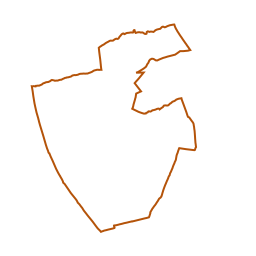 Santa Catarina Ayometla, Tlaxcala, Mexico, rotated 342°
{"feature_id": "50627088B90127145073625", "entity_name": "Santa Catarina Ayometla", "entity_type": "district", "adm_level": 2, "iso_a3": "MEX", "parent_name": "Mexico", "parent_adm1": "Tlaxcala", "projection": "albers", "projection_center": [-98.213, 19.193], "detail": "fine", "context": "isolated", "style": "outline", "palette": "amber", "viewbox_px": 256, "rotation_deg": 342, "n_neighbors": 0, "source": "geoboundaries", "source_scale": "gbopen_adm2", "svg_char_len": 5690}
<svg xmlns="http://www.w3.org/2000/svg" viewBox="0 0 256 256"><g transform="rotate(342 128 128)"><path d="M211.3,73.1L210.6,70.9L210.3,69.7L209.8,68.3L209.2,66.1L208.8,65.0L208.4,63.6L207.6,61.0L207.2,59.6L207.0,58.8L206.7,57.8L206.5,57.3L206.4,56.9L206.1,55.8L205.9,55.2L205.8,54.8L205.5,53.5L205.3,52.9L205.2,52.4L204.9,51.5L204.8,50.8L204.4,48.8L204.2,48.3L204.2,47.6L204.1,46.9L204.0,46.3L204.0,45.7L204.0,44.7L204.0,43.9L203.3,43.7L199.6,43.2L196.9,43.3L195.2,43.6L194.1,43.6L192.6,42.4L191.6,42.4L190.0,43.2L189.4,43.6L188.4,43.5L187.2,43.4L186.1,43.3L184.2,43.5L183.1,44.1L181.9,44.5L181.0,44.0L179.9,43.5L179.3,43.3L178.0,43.2L177.2,42.5L176.6,42.2L175.5,42.5L175.1,43.4L174.8,44.0L174.3,44.1L173.5,43.9L172.9,43.5L172.3,42.7L171.5,41.7L170.8,41.4L169.7,41.2L169.0,40.7L168.1,40.3L167.2,40.1L166.1,39.9L165.5,40.0L164.6,39.9L164.5,39.5L164.4,38.5L164.4,37.8L164.4,36.9L163.9,36.8L163.3,37.2L163.0,38.0L162.4,38.7L161.7,38.6L160.6,38.1L159.7,37.9L158.2,37.7L157.4,37.5L156.3,37.3L155.5,37.3L154.4,37.6L153.5,37.6L153.1,36.8L152.4,36.6L151.6,36.7L150.6,37.1L149.6,37.8L148.7,38.3L147.9,38.8L147.4,39.3L146.7,39.9L145.8,40.1L145.1,39.8L144.4,39.4L143.6,39.5L142.6,39.6L141.0,40.2L140.0,40.1L138.4,39.5L137.3,39.5L136.1,39.8L134.8,40.0L133.2,40.3L130.8,41.1L128.9,41.4L127.7,41.8L126.4,42.1L125.0,42.7L124.1,47.0L123.2,51.8L122.8,54.0L122.3,56.4L121.9,58.2L121.6,59.7L121.5,60.0L120.9,63.0L120.7,64.4L119.9,64.1L119.1,64.0L118.2,63.7L117.5,63.3L116.2,63.0L115.4,63.0L114.5,62.9L113.0,62.9L111.4,63.4L110.3,63.5L109.6,63.6L108.1,63.6L106.4,63.7L105.4,63.4L104.1,63.1L102.6,62.5L101.2,62.2L100.1,61.9L99.3,61.7L98.3,61.6L97.5,61.8L96.5,61.8L95.5,61.7L94.4,61.5L93.4,61.1L92.5,61.0L91.3,60.9L89.9,61.4L88.9,61.4L86.6,61.3L85.6,61.0L84.9,61.1L84.3,61.0L83.4,60.9L82.3,61.1L81.0,61.2L79.6,61.5L78.4,61.2L77.3,61.1L76.4,61.2L75.4,61.1L74.4,60.7L73.1,60.5L72.4,59.9L71.5,59.4L70.5,58.8L69.9,58.8L69.0,59.2L68.3,59.4L67.6,59.4L67.0,59.6L66.4,59.6L66.0,59.5L65.3,59.4L64.5,59.2L63.8,59.2L63.2,59.2L62.8,59.4L62.4,59.4L61.8,59.3L60.5,59.5L59.9,59.9L58.7,60.1L57.9,60.1L57.0,60.3L55.7,60.0L54.7,59.7L53.9,59.6L53.3,59.4L52.9,59.5L52.8,59.8L52.3,59.6L51.9,59.4L51.1,59.0L50.5,58.9L50.0,58.9L49.4,58.6L48.8,62.8L48.6,64.0L47.8,68.4L46.7,75.6L46.3,79.4L45.8,85.0L45.6,91.4L45.5,91.9L45.5,93.1L45.4,93.8L45.3,95.3L45.3,95.8L45.2,97.8L45.0,109.2L44.7,118.6L44.7,122.5L44.9,125.1L44.8,126.8L45.2,127.8L45.4,127.9L45.4,128.0L45.6,131.0L46.2,136.0L47.0,144.5L47.7,148.9L48.0,150.4L48.5,152.7L48.6,152.8L48.6,153.2L49.3,156.4L49.6,158.7L49.5,159.5L49.5,159.8L49.6,160.3L49.7,160.5L50.2,161.1L50.5,161.8L52.5,168.6L53.4,171.8L53.9,173.2L55.9,178.4L56.1,178.9L56.8,181.0L57.1,182.7L57.1,183.4L57.5,184.1L58.0,185.1L58.2,185.5L58.5,186.4L59.2,188.5L59.7,189.7L60.2,191.8L60.5,193.0L61.7,196.2L62.5,198.5L63.0,199.8L63.5,201.1L63.9,202.1L64.4,203.4L65.5,206.3L67.0,210.8L67.9,213.4L68.3,214.4L69.6,216.9L70.2,218.4L71.0,218.3L71.8,218.3L72.3,218.3L72.7,218.3L73.5,218.2L75.6,218.4L77.7,218.5L80.0,218.7L82.4,218.9L84.2,218.9L84.4,218.7L84.4,216.8L84.5,216.5L84.6,216.4L86.5,216.8L89.3,217.0L90.1,217.0L92.1,217.2L93.7,217.3L94.7,217.3L97.3,217.6L100.2,217.8L102.6,218.0L102.9,218.0L103.0,218.2L115.7,219.1L117.7,219.3L120.3,219.4L121.0,218.6L122.3,216.8L123.0,215.8L123.1,215.6L123.1,215.2L123.4,214.8L123.8,214.5L124.9,213.5L125.7,212.8L126.3,212.2L126.8,211.9L127.5,211.4L128.1,210.9L129.1,210.2L129.8,209.8L131.5,208.5L132.0,208.0L133.7,206.7L134.2,206.3L134.9,205.6L135.4,205.2L135.7,204.9L136.1,204.7L136.7,204.5L137.3,204.3L137.6,204.2L137.9,203.9L138.6,203.5L139.0,202.8L139.7,202.0L140.0,201.5L140.5,200.7L141.0,200.0L142.1,198.4L143.3,196.8L144.4,195.4L145.7,193.8L146.6,192.8L148.8,190.2L149.6,189.4L150.0,188.9L150.6,188.3L151.1,187.5L151.8,186.7L152.1,186.4L152.6,186.1L153.0,185.8L153.5,184.9L153.9,184.3L154.4,183.7L155.3,182.9L156.3,181.7L157.9,179.9L158.9,178.5L160.0,177.2L161.2,175.9L162.0,174.8L162.7,174.1L163.3,173.5L163.8,172.8L164.9,170.7L165.7,169.2L166.4,168.2L167.4,167.1L168.1,166.1L169.0,164.8L169.4,164.4L169.8,163.9L170.0,163.5L170.3,163.2L170.5,163.0L176.5,166.0L184.3,169.6L184.9,169.5L185.5,168.6L185.8,168.1L186.2,167.7L186.8,167.2L186.9,166.7L187.1,165.5L187.3,164.7L187.6,162.8L188.1,160.8L188.6,158.7L188.9,157.6L189.3,156.0L189.8,154.0L190.4,151.5L190.6,150.4L190.7,149.6L191.1,147.7L191.2,147.2L191.4,145.5L191.5,145.1L191.6,144.4L191.6,143.7L191.5,143.2L191.3,142.4L191.0,141.6L190.7,140.7L190.4,139.8L190.0,138.4L189.8,138.0L189.6,137.0L188.8,136.2L188.6,136.1L188.4,134.9L188.4,133.7L188.4,130.8L188.1,122.6L187.9,117.8L188.0,116.2L185.1,115.8L182.7,115.9L181.5,116.4L180.3,116.7L179.6,116.7L178.3,116.8L177.5,117.2L176.3,117.7L175.4,117.8L174.4,118.4L173.0,118.9L172.0,118.7L171.0,118.2L169.9,117.9L169.1,117.8L168.6,118.1L167.6,118.9L166.4,119.2L165.7,119.4L163.8,120.1L163.5,119.3L162.8,118.9L161.4,118.8L159.9,119.0L157.8,118.9L156.6,118.7L155.5,119.2L154.6,119.3L153.9,119.1L153.1,118.6L152.4,118.6L151.6,119.2L150.9,119.3L150.2,119.2L149.7,119.4L149.5,119.7L148.9,119.6L148.2,119.4L147.5,119.2L145.9,118.1L144.3,116.9L142.9,115.8L142.3,115.2L141.9,114.8L139.7,112.7L138.0,111.0L139.1,109.8L139.2,109.6L139.8,108.7L140.5,107.4L141.8,105.5L143.3,103.3L144.1,102.0L144.6,101.4L145.9,98.8L146.4,97.8L149.8,97.4L151.7,97.2L148.2,87.4L150.3,86.1L151.6,85.4L154.1,83.9L154.7,83.5L160.0,80.1L152.8,77.9L154.5,77.9L155.6,77.7L158.1,77.1L159.4,76.8L161.3,76.3L163.0,75.7L164.0,75.3L164.9,74.5L166.0,73.3L167.5,72.3L169.0,70.5L170.4,69.7L172.2,69.5L173.6,70.2L175.4,72.3L176.7,72.8L179.0,72.5L180.5,72.4L183.1,72.2L185.3,72.3L187.6,72.3L190.5,72.5L195.5,72.8L197.9,72.1L201.3,71.0L204.0,71.9L208.9,73.0L211.3,73.1Z" fill="none" stroke="#b45309" stroke-width="2"/></g></svg>